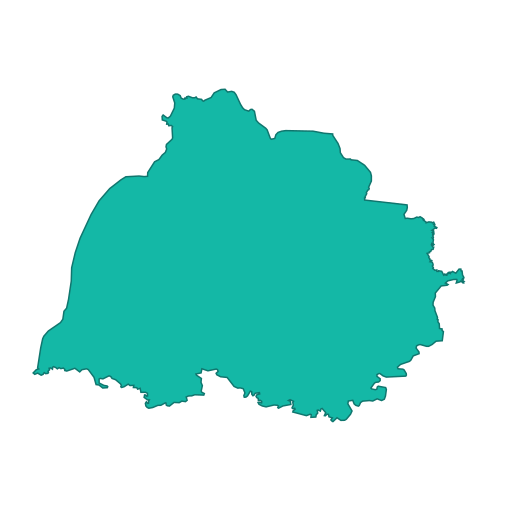 Sang Khom, Udon Thani, Thailand, rotated 96°
{"feature_id": "78962969B36388809671077", "entity_name": "Sang Khom", "entity_type": "district", "adm_level": 2, "iso_a3": "THA", "parent_name": "Thailand", "parent_adm1": "Udon Thani", "projection": "natural_earth1", "projection_center": [103.083, 17.794], "detail": "fine", "context": "isolated", "style": "filled", "palette": "teal", "viewbox_px": 512, "rotation_deg": 96, "n_neighbors": 0, "source": "geoboundaries", "source_scale": "gbopen_adm2", "svg_char_len": 6022}
<svg xmlns="http://www.w3.org/2000/svg" viewBox="0 0 512 512"><g transform="rotate(96 256 256)"><path d="M409.5,189.2L407.7,185.6L408.0,184.5L410.7,184.5L409.9,179.7L407.6,179.5L405.8,178.2L403.1,179.0L402.7,178.1L403.5,175.8L401.3,175.4L400.7,174.3L404.5,170.3L407.6,171.3L407.7,170.4L405.9,168.8L405.9,167.4L408.3,166.6L409.0,163.2L411.2,164.4L412.6,162.7L412.6,162.1L408.4,158.5L410.6,154.4L410.1,150.7L408.9,149.1L403.6,145.5L400.1,144.3L393.4,149.2L390.6,149.0L389.4,144.7L392.9,142.9L394.1,141.1L394.6,138.5L393.9,137.7L390.8,136.7L389.2,134.8L387.9,128.1L388.0,124.7L385.4,120.6L386.6,116.0L385.0,113.4L381.8,112.6L375.1,112.4L373.3,113.3L372.7,120.8L373.6,121.7L375.8,121.9L376.5,123.3L376.1,127.0L375.3,127.9L370.0,124.9L369.1,123.6L368.5,120.9L367.0,119.5L365.1,119.7L363.1,123.1L361.3,123.3L360.0,121.4L360.0,120.3L361.9,117.2L362.8,113.8L359.8,94.5L358.7,94.0L357.2,94.3L353.8,96.8L353.2,98.1L353.3,103.0L351.7,103.7L348.7,100.9L344.7,92.3L343.4,91.1L338.9,89.2L336.1,83.6L334.4,83.9L330.8,87.2L328.6,86.9L327.2,84.8L326.9,83.2L328.0,76.9L327.8,74.9L325.6,71.6L321.9,68.0L320.8,61.9L311.6,61.7L310.5,63.2L309.1,63.3L308.9,65.9L304.2,66.7L302.5,68.2L300.3,68.3L300.1,69.1L298.1,69.1L291.7,72.3L289.1,72.8L286.4,74.8L283.5,75.0L277.6,73.3L274.1,73.8L266.4,68.7L265.1,62.9L264.3,62.0L263.1,64.8L260.7,62.7L258.7,57.1L258.3,54.0L259.0,53.5L261.9,54.0L260.4,50.3L259.5,49.6L261.2,47.2L261.0,46.6L259.8,47.6L259.5,46.6L258.1,48.6L256.9,48.2L257.2,47.3L255.6,47.0L253.3,48.6L249.4,49.5L249.4,50.4L247.6,50.9L247.8,52.7L252.2,55.5L250.8,59.0L251.8,59.9L251.8,61.0L252.9,60.9L252.0,62.3L252.5,63.2L252.9,63.4L253.2,62.5L253.8,64.1L255.2,64.2L255.2,64.9L254.5,65.3L254.9,66.0L254.3,66.4L255.4,67.3L251.8,69.7L251.6,72.8L252.2,72.9L252.4,74.5L251.0,74.7L251.5,76.6L249.9,78.9L249.1,78.4L247.5,79.6L246.6,78.9L245.6,79.1L243.7,80.1L243.5,82.2L242.1,80.9L241.6,82.8L240.4,82.9L239.6,84.0L238.5,83.8L235.5,86.1L234.6,83.8L233.7,84.0L233.2,82.7L231.3,82.1L230.9,80.6L228.7,80.2L228.6,81.1L226.6,82.8L225.3,82.5L226.8,80.9L226.0,80.1L225.3,81.0L223.7,81.4L221.3,81.2L219.9,82.4L220.0,81.7L218.8,81.5L217.6,82.4L216.4,81.7L216.4,82.4L215.9,82.6L215.1,81.6L214.2,83.2L213.8,82.8L214.4,82.2L213.9,81.6L212.2,82.1L212.0,83.6L209.5,80.8L209.6,79.4L208.8,79.1L207.8,81.8L206.3,81.4L206.1,82.5L205.2,81.9L203.8,82.8L204.6,84.0L204.0,84.8L204.0,87.7L205.2,90.3L204.4,90.5L203.0,93.0L202.5,92.6L201.7,93.2L202.1,93.7L200.9,94.5L199.8,96.9L200.7,98.3L200.5,100.2L202.2,102.9L202.8,105.6L202.6,109.6L203.1,111.5L199.1,113.2L194.8,110.9L192.0,110.6L189.4,111.1L189.0,153.8L186.9,154.1L186.6,153.4L185.7,153.7L182.5,152.4L181.3,152.9L178.7,151.6L178.2,150.7L176.9,150.5L175.9,151.2L169.4,149.1L164.3,149.6L160.8,150.9L154.4,157.5L150.4,165.2L150.4,171.5L149.7,172.2L150.2,176.7L149.0,179.3L144.5,182.9L140.3,183.7L135.5,186.2L128.0,192.3L126.6,192.5L126.8,201.3L125.9,212.3L128.2,239.6L129.2,243.6L130.8,247.0L133.3,248.9L137.1,249.6L138.3,253.0L137.4,254.1L129.4,258.1L127.9,259.7L123.4,267.4L121.0,270.0L112.2,272.7L110.5,275.3L110.9,276.8L112.7,278.4L111.7,282.7L109.9,284.9L106.7,287.3L97.7,292.7L95.4,294.8L94.8,297.4L95.9,301.4L93.4,304.2L94.1,308.2L98.1,314.6L103.1,317.2L106.5,323.3L107.5,324.2L107.2,325.4L105.9,326.5L105.8,330.6L104.1,332.2L105.0,333.4L105.3,335.6L104.2,339.9L104.9,341.6L106.1,341.3L106.0,342.2L106.9,342.7L106.5,343.3L107.4,343.6L107.6,344.6L106.8,346.9L104.4,348.2L103.2,350.8L103.4,353.2L104.8,355.1L106.4,355.4L112.3,352.8L117.5,352.7L126.0,355.8L127.9,357.8L127.9,359.0L125.5,363.1L127.0,364.0L130.5,363.4L131.3,359.5L132.1,358.5L134.2,358.6L134.0,357.1L135.6,356.3L135.0,353.9L136.1,352.5L137.2,352.9L147.1,351.3L148.6,351.6L154.4,356.7L156.8,356.9L158.9,356.0L162.5,357.0L165.4,359.8L170.2,362.6L172.9,366.7L184.3,372.4L188.1,372.2L188.7,375.5L188.7,380.7L190.8,393.7L194.1,398.0L204.2,408.5L217.5,417.8L231.9,424.3L256.7,432.8L271.5,436.1L286.9,438.1L300.3,437.1L318.7,437.9L327.7,438.9L331.0,441.2L339.1,441.5L342.7,443.5L352.3,454.7L357.9,458.6L360.6,459.5L369.7,460.5L390.1,461.5L391.0,460.3L392.1,462.7L395.6,465.4L396.8,463.7L395.3,460.9L397.0,457.2L396.0,455.4L394.1,454.4L395.0,452.9L394.5,450.8L393.7,450.2L392.4,450.8L390.7,449.4L389.3,450.0L388.8,448.4L389.8,446.6L387.8,446.5L387.2,445.8L387.9,443.4L389.0,441.8L387.6,440.2L388.4,438.3L387.6,435.9L388.8,434.2L389.9,434.2L390.2,432.2L386.6,424.4L389.7,419.2L387.3,417.3L385.9,412.8L386.5,410.9L393.6,404.4L400.6,401.6L400.7,398.7L403.3,394.6L402.5,390.1L401.4,389.8L400.8,390.5L400.6,393.7L398.7,398.7L394.8,399.2L394.0,398.1L394.2,395.4L390.5,389.6L391.1,387.8L392.8,386.4L393.7,382.7L397.3,377.4L398.7,376.4L400.2,376.8L400.8,375.9L399.8,373.5L396.8,369.7L398.0,367.8L397.4,364.0L399.6,364.2L399.4,360.8L400.8,359.8L399.7,357.4L403.6,356.2L403.1,351.6L403.9,349.6L406.6,349.2L406.9,350.1L405.8,351.3L405.8,352.3L408.3,352.5L410.4,348.9L410.3,347.1L411.7,347.7L413.7,347.5L413.9,348.4L412.5,349.8L414.1,350.6L416.6,349.9L418.0,348.4L418.6,346.7L417.5,342.9L414.8,338.0L414.4,335.0L411.5,330.8L411.7,330.1L413.6,329.7L414.2,328.6L414.3,326.4L410.2,322.2L409.9,317.0L408.1,314.6L408.2,310.9L406.7,309.4L403.5,310.7L402.2,308.4L401.8,305.3L400.4,302.4L399.8,293.4L398.2,293.0L397.1,295.8L396.0,296.4L390.5,295.8L387.4,297.5L383.5,297.5L380.8,302.7L379.6,303.4L378.0,298.4L373.8,298.0L375.2,291.8L372.6,283.8L373.0,282.4L374.8,281.6L376.8,283.4L378.2,282.6L379.8,278.6L379.8,272.0L388.0,264.2L389.3,260.3L388.8,258.0L389.3,254.8L393.3,252.7L396.2,253.5L397.7,252.9L397.4,251.3L396.0,249.8L391.0,247.5L391.4,246.1L394.0,245.7L395.3,244.4L394.6,243.4L392.6,242.5L391.5,238.3L392.8,237.9L393.9,240.6L395.5,241.3L396.7,240.5L397.4,238.9L399.2,238.6L399.1,236.5L400.0,235.1L401.5,235.1L401.0,237.8L401.4,238.7L403.2,237.5L404.5,234.1L405.0,230.2L402.3,222.5L402.2,219.0L402.8,218.0L404.5,218.5L405.0,217.7L402.3,213.5L400.0,205.8L396.9,206.7L396.3,208.6L395.3,207.1L396.6,203.5L397.8,204.1L400.4,203.3L403.3,204.3L403.9,203.6L403.4,201.6L404.3,201.1L405.9,202.8L407.3,203.1L409.5,189.2Z" fill="#14b8a6" stroke="#0f766e" stroke-width="1.5"/></g></svg>